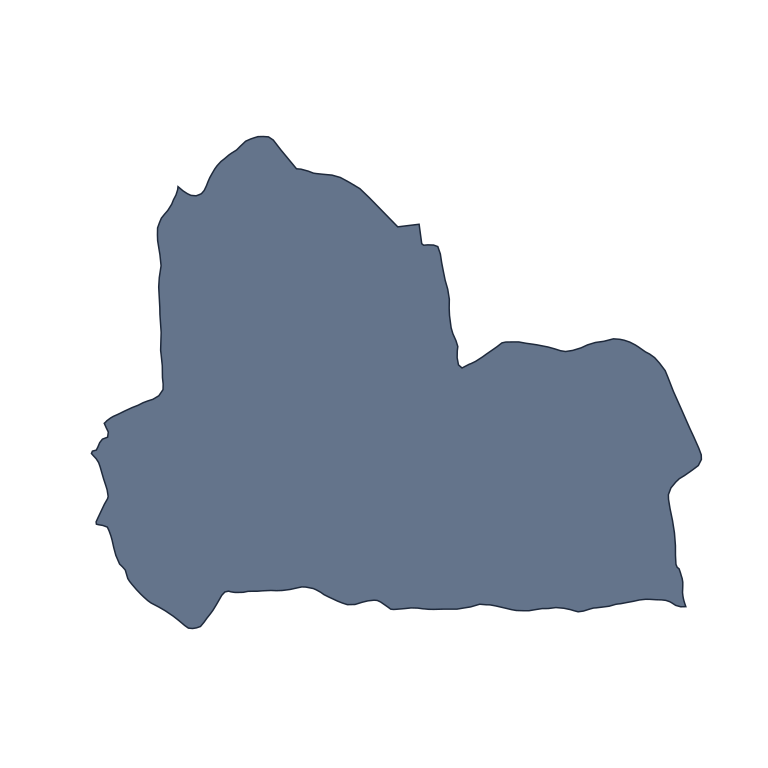 the district of Ou Reang Ov, Kâmpóng Cham, Cambodia, rotated 352°
{"feature_id": "14789045B44533012408415", "entity_name": "Ou Reang Ov", "entity_type": "district", "adm_level": 2, "iso_a3": "KHM", "parent_name": "Cambodia", "parent_adm1": "Kâmpóng Cham", "projection": "equal_earth", "projection_center": [105.534, 11.827], "detail": "fine", "context": "isolated", "style": "filled", "palette": "slate", "viewbox_px": 768, "rotation_deg": 352, "n_neighbors": 0, "source": "geoboundaries", "source_scale": "gbopen_adm2", "svg_char_len": 4112}
<svg xmlns="http://www.w3.org/2000/svg" viewBox="0 0 768 768"><g transform="rotate(352 384 384)"><path d="M101.5,384.0L102.9,388.9L103.4,390.4L104.3,393.2L102.9,398.2L97.5,399.4L94.3,402.5L91.8,406.7L89.9,409.4L85.9,409.9L84.6,412.1L86.3,414.7L88.6,418.0L90.5,422.2L91.4,426.7L92.3,433.2L93.1,438.8L94.5,446.6L95.1,450.4L95.2,457.0L94.3,459.1L90.4,464.1L85.6,471.4L82.5,476.1L79.7,480.5L79.7,482.8L81.7,483.6L85.8,484.9L90.1,487.2L91.3,491.1L92.4,496.3L93.0,500.7L93.6,508.3L94.6,516.4L97.1,525.5L99.6,528.7L101.9,532.2L102.5,536.2L103.2,541.0L104.6,544.1L106.5,547.3L107.6,549.0L110.2,553.1L114.0,558.4L116.6,561.7L119.9,565.6L122.8,568.4L130.2,573.7L135.9,578.2L143.0,584.6L148.0,589.8L153.0,595.4L156.3,598.5L160.4,599.5L164.4,599.4L168.5,598.6L172.8,594.7L175.9,591.4L180.3,587.2L183.2,584.2L187.3,579.2L190.2,575.5L193.9,570.7L197.5,567.8L201.2,567.5L203.5,568.5L207.1,569.6L210.5,570.1L215.6,570.7L220.5,570.4L225.5,571.0L229.9,571.6L235.0,571.9L239.2,572.3L243.3,572.7L248.8,573.7L254.5,574.3L262.4,574.4L270.0,573.8L274.4,573.5L278.3,574.2L280.9,575.1L285.5,576.7L288.1,578.3L292.4,581.5L295.2,584.2L299.4,587.1L304.2,590.2L307.7,592.5L312.1,595.0L317.0,597.4L324.6,598.3L332.0,597.1L337.9,596.5L344.1,596.7L347.2,597.4L350.3,599.4L354.3,603.1L357.1,605.7L359.3,607.9L362.1,608.6L364.7,608.8L369.7,609.1L373.5,609.3L379.7,609.5L386.2,610.6L391.1,612.0L392.6,612.3L396.8,613.3L401.9,614.1L410.6,615.1L418.6,616.2L425.0,617.1L432.2,616.9L438.7,616.8L448.1,615.4L454.7,616.9L458.0,617.4L463.7,619.3L472.3,622.6L478.9,625.2L483.5,626.7L491.6,628.1L495.9,628.7L502.9,628.5L509.3,628.4L515.3,629.2L523.1,629.3L530.9,631.1L537.3,633.4L540.5,634.9L544.5,636.6L549.9,636.6L556.5,635.5L560.4,635.0L563.2,635.2L568.4,635.3L576.0,635.4L583.0,634.4L585.3,634.4L587.9,634.5L593.6,634.2L600.7,633.9L606.9,633.4L613.2,633.6L617.6,634.3L623.4,635.5L628.8,636.4L633.0,637.5L636.9,639.5L638.9,641.1L642.0,643.8L646.8,645.9L651.9,646.5L651.3,643.3L650.9,640.9L650.6,638.0L650.5,635.5L650.6,632.0L651.3,628.2L651.8,625.3L652.3,621.8L652.2,618.1L651.7,615.2L651.3,612.3L650.5,608.1L648.8,606.3L648.0,603.2L648.8,594.1L650.1,584.7L650.9,571.9L650.7,559.4L649.9,547.1L649.7,537.8L650.2,533.2L653.7,526.8L659.3,521.7L663.2,518.9L669.2,516.3L677.4,512.1L683.9,508.5L687.8,502.9L688.3,498.3L686.8,491.4L683.4,479.5L680.5,470.0L675.2,451.2L669.5,431.4L666.1,416.9L664.3,409.9L659.8,401.8L655.7,395.6L653.2,393.2L651.2,391.3L647.4,388.6L641.2,382.8L638.3,380.3L633.2,376.7L628.0,374.1L623.9,372.6L617.5,371.2L607.7,372.3L599.1,372.3L590.9,373.6L584.3,375.6L575.6,377.0L568.3,377.1L563.4,375.6L558.0,373.0L551.6,370.2L546.1,368.3L540.9,366.5L536.2,365.1L530.2,363.4L523.3,361.1L516.8,360.2L510.3,359.4L506.5,359.7L501.1,362.8L496.6,365.1L489.6,368.6L485.3,370.9L477.7,374.4L472.7,376.0L471.4,376.2L466.3,378.0L463.5,379.0L460.4,375.4L460.1,368.1L461.2,361.3L462.3,357.2L461.3,351.1L459.2,343.8L458.3,337.7L458.4,325.3L459.1,318.0L460.5,309.1L460.3,299.0L459.0,289.7L458.4,279.7L458.0,271.9L457.9,263.1L456.4,255.4L452.4,253.3L446.7,252.3L442.6,252.1L440.9,250.3L441.0,230.7L430.8,230.5L419.5,230.3L395.4,197.5L389.5,190.0L387.3,187.2L378.0,179.7L369.5,173.4L361.6,169.9L360.3,169.6L352.7,167.8L346.3,166.2L343.5,165.4L338.7,162.7L331.7,159.7L327.3,158.7L314.2,137.4L308.3,127.0L304.0,123.2L298.8,122.1L293.6,121.5L289.8,122.1L286.1,122.8L280.8,124.3L274.6,128.7L270.5,131.8L265.7,133.9L262.3,135.6L257.1,138.9L253.6,140.9L249.2,144.5L246.4,147.4L243.0,151.7L240.2,155.4L237.8,159.3L235.8,162.9L232.9,167.3L229.7,170.1L227.3,170.8L224.1,171.5L219.0,170.3L215.7,168.1L212.0,164.9L207.5,159.9L206.7,162.9L204.3,167.9L201.2,172.2L198.8,176.4L194.0,182.1L190.3,185.3L186.6,188.8L184.1,193.0L181.5,197.9L180.4,204.8L179.8,210.5L179.9,216.4L180.1,224.8L179.7,235.9L176.3,247.3L174.4,256.6L173.2,270.4L172.6,277.4L171.8,283.9L170.5,301.9L169.2,309.5L167.5,319.5L167.4,323.6L167.0,335.0L165.5,346.8L165.3,353.3L164.4,358.8L159.4,364.3L153.0,367.0L147.7,367.9L142.8,369.0L137.6,370.8L131.3,372.3L123.3,374.7L116.0,377.1L111.4,378.4L108.5,379.6L104.6,381.7L103.0,383.0L101.5,384.0Z" fill="#64748b" stroke="#1e293b" stroke-width="1.5"/></g></svg>